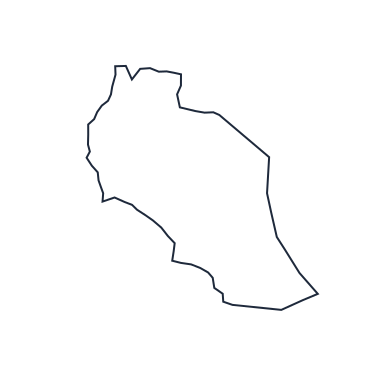 the district of Serraria, Paraíba, Brazil, rotated 64°
{"feature_id": "56859067B89128788877963", "entity_name": "Serraria", "entity_type": "district", "adm_level": 2, "iso_a3": "BRA", "parent_name": "Brazil", "parent_adm1": "Paraíba", "projection": "robinson", "projection_center": [-35.654, -6.835], "detail": "fine", "context": "isolated", "style": "outline", "palette": "slate", "viewbox_px": 384, "rotation_deg": 64, "n_neighbors": 0, "source": "geoboundaries", "source_scale": "gbopen_adm2", "svg_char_len": 913}
<svg xmlns="http://www.w3.org/2000/svg" viewBox="0 0 384 384"><g transform="rotate(64 192 192)"><path d="M161.4,276.6L163.0,264.0L171.5,256.9L177.3,251.5L183.8,249.2L192.3,244.1L200.4,239.6L210.6,235.2L220.9,233.0L230.4,230.0L237.3,234.5L245.1,239.9L250.9,233.0L256.7,224.5L263.9,217.9L271.4,212.8L278.2,211.0L288.0,214.0L296.9,209.0L304.3,212.0L311.2,205.1L337.1,163.4L337.8,139.4L338.7,123.6L311.9,130.9L285.0,133.7L269.6,135.5L245.1,129.8L226.0,125.1L194.5,107.4L134.7,133.7L129.7,137.9L126.2,145.9L120.8,153.4L110.6,165.8L97.7,162.6L91.5,155.3L81.4,150.3L76.9,156.0L72.5,161.9L69.3,169.1L62.3,175.4L58.6,184.6L64.5,196.7L49.7,196.2L45.3,205.9L53.0,209.3L62.3,217.5L68.8,222.1L73.2,227.5L74.8,235.2L78.6,242.2L83.6,248.0L85.8,255.7L94.9,260.1L103.8,264.7L110.9,266.1L115.0,271.7L124.5,270.5L133.0,268.1L140.6,270.9L147.7,271.7L154.2,272.4L161.4,276.6Z" fill="none" stroke="#1e293b" stroke-width="2"/></g></svg>